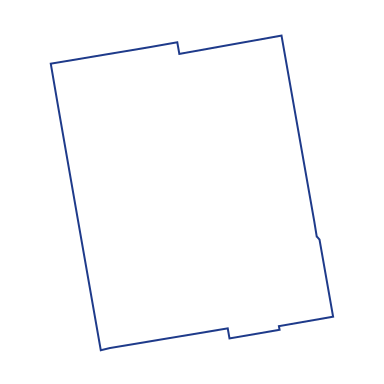 outline of Powder River, Montana, United States of America, rotated 260°
{"feature_id": "52423323B99413017913661", "entity_name": "Powder River", "entity_type": "district", "adm_level": 2, "iso_a3": "USA", "parent_name": "United States of America", "parent_adm1": "Montana", "projection": "natural_earth1", "projection_center": [-105.736, 45.391], "detail": "fine", "context": "isolated", "style": "outline", "palette": "blue", "viewbox_px": 384, "rotation_deg": 260, "n_neighbors": 0, "source": "geoboundaries", "source_scale": "gbopen_adm2", "svg_char_len": 449}
<svg xmlns="http://www.w3.org/2000/svg" viewBox="0 0 384 384"><g transform="rotate(260 192 192)"><path d="M61.9,74.7L52.0,74.7L52.6,84.1L51.5,203.5L41.3,203.5L41.1,254.3L44.8,254.3L44.7,309.3L44.8,309.3L100.4,309.3L123.0,309.3L126.2,307.4L126.4,307.1L141.6,307.3L252.8,307.3L321.5,307.3L330.4,307.3L330.5,307.3L330.2,203.5L342.0,203.5L342.0,176.7L342.9,75.2L302.5,75.0L185.7,74.8L61.9,74.7Z" fill="none" stroke="#1e3a8a" stroke-width="2"/></g></svg>